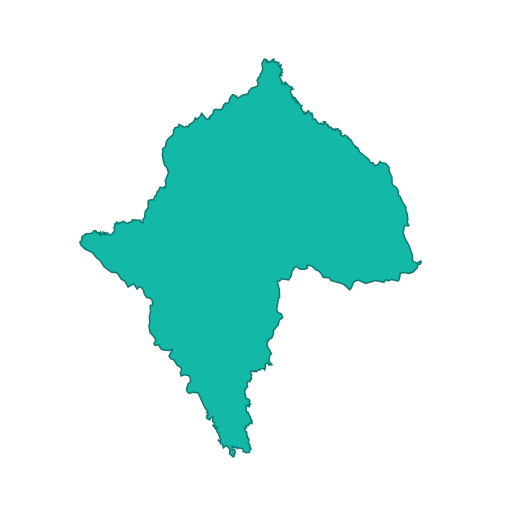 the district of Phop Phra, Tak, Thailand, rotated 337°
{"feature_id": "78962969B25324759841331", "entity_name": "Phop Phra", "entity_type": "district", "adm_level": 2, "iso_a3": "THA", "parent_name": "Thailand", "parent_adm1": "Tak", "projection": "equal_earth", "projection_center": [98.788, 16.455], "detail": "fine", "context": "isolated", "style": "filled", "palette": "teal", "viewbox_px": 512, "rotation_deg": 337, "n_neighbors": 0, "source": "geoboundaries", "source_scale": "gbopen_adm2", "svg_char_len": 6132}
<svg xmlns="http://www.w3.org/2000/svg" viewBox="0 0 512 512"><g transform="rotate(337 256 256)"><path d="M408.4,287.9L408.5,283.6L409.9,282.1L411.7,276.4L411.7,272.3L413.0,269.7L411.8,263.0L411.9,257.6L410.9,255.8L412.5,250.9L411.8,247.5L409.2,243.5L411.9,236.6L411.6,230.5L413.0,226.4L412.2,223.3L411.1,221.1L408.4,219.6L406.9,217.5L404.0,219.5L401.1,219.6L399.7,215.7L397.7,214.7L397.6,211.3L392.0,200.8L391.9,196.5L391.3,195.2L390.0,195.2L390.4,193.9L389.2,191.9L388.7,185.8L387.8,185.6L387.5,183.5L386.6,183.5L386.9,182.2L386.0,180.5L384.9,179.4L383.1,180.0L381.5,178.4L381.4,177.2L382.8,176.3L381.6,175.0L382.8,173.8L381.2,173.0L381.1,170.8L380.0,171.2L379.3,170.0L378.0,171.3L376.8,169.0L375.5,169.2L375.5,166.8L373.7,166.3L373.7,164.8L372.8,164.8L373.5,163.0L372.0,162.1L372.4,159.7L370.5,158.7L370.0,160.9L369.0,160.2L368.2,160.8L367.4,158.9L366.3,159.3L364.9,158.0L364.1,153.1L362.8,152.8L362.2,150.8L363.1,148.8L362.2,148.2L363.2,147.4L363.2,146.3L361.1,145.3L361.3,143.2L360.0,142.7L358.5,144.4L357.6,143.3L357.2,144.8L355.7,144.0L356.2,141.8L355.0,140.1L355.7,139.0L355.1,137.2L357.1,135.3L355.5,134.7L355.1,131.0L353.8,131.1L354.6,130.1L354.2,128.7L352.9,129.3L354.2,127.3L353.3,126.3L353.8,125.5L352.8,125.2L351.9,126.5L351.2,124.1L352.3,123.9L351.5,120.3L351.9,118.2L353.3,116.7L355.3,116.8L354.6,116.0L355.2,114.6L353.2,113.5L351.4,108.9L350.0,109.7L350.9,107.6L347.0,107.8L348.0,106.5L347.6,99.6L349.1,98.3L348.9,99.5L350.1,100.1L350.4,97.5L352.0,97.7L351.7,95.5L353.1,94.8L351.7,92.8L353.8,89.9L350.7,90.6L352.0,89.5L351.2,88.5L352.6,87.0L351.3,86.8L350.4,84.7L348.7,85.0L348.4,83.6L349.5,81.9L347.8,81.5L346.5,83.4L345.6,82.3L343.2,82.8L343.0,81.0L341.3,81.3L342.3,79.4L340.6,77.9L336.6,81.3L335.2,86.6L332.1,90.0L330.9,90.1L330.1,92.3L328.4,92.5L325.7,94.6L325.0,99.2L323.2,100.3L317.6,99.8L314.0,101.3L312.1,103.6L306.1,102.7L301.7,103.7L300.5,102.9L300.6,101.2L299.1,101.0L299.0,99.4L297.4,98.3L293.3,100.7L290.9,104.5L287.4,103.4L285.0,104.5L283.6,106.6L280.9,107.6L276.0,105.2L273.9,105.3L271.6,108.7L267.8,109.5L266.5,111.9L265.9,110.8L263.9,111.2L261.8,103.4L258.8,105.9L255.8,106.8L254.6,106.8L254.2,105.2L250.9,108.1L245.6,109.1L244.1,110.7L242.9,109.4L240.4,109.7L236.6,104.8L234.7,107.0L231.8,106.2L229.2,108.1L227.5,111.8L220.6,113.9L217.8,116.1L215.5,119.8L211.7,121.0L211.3,123.2L209.3,126.2L207.5,134.5L207.5,137.1L208.6,139.7L208.0,145.3L202.0,151.0L201.2,154.8L199.2,157.7L198.6,156.4L197.2,157.1L194.6,155.2L191.2,158.3L190.2,158.2L187.4,161.5L186.4,161.3L183.8,164.3L179.8,162.8L178.1,163.4L175.6,169.4L171.7,171.5L169.2,175.4L169.0,177.1L166.6,177.8L165.0,181.2L163.4,180.0L163.7,178.1L156.3,174.4L154.6,176.2L152.4,175.3L150.2,175.9L147.3,172.0L145.5,172.9L143.6,171.8L141.8,172.7L141.2,170.3L139.5,171.6L138.5,171.2L137.8,173.6L136.1,174.3L136.4,176.2L135.5,177.5L131.3,180.0L129.0,178.7L128.3,176.9L127.7,177.8L126.8,176.3L125.5,177.4L125.2,176.1L125.9,175.4L124.6,174.2L124.0,175.9L122.6,175.8L122.3,173.4L121.2,174.9L121.4,173.0L120.4,174.5L120.2,173.1L118.7,172.4L119.0,171.3L118.2,171.2L118.2,169.9L116.8,169.5L113.4,170.9L108.2,169.2L103.5,170.1L101.2,174.1L99.4,174.2L99.0,177.3L101.2,182.6L106.8,189.1L108.4,194.9L110.7,199.2L111.9,206.4L116.6,214.4L121.0,216.8L121.8,218.2L123.0,224.8L125.6,228.3L126.1,234.6L132.6,233.7L133.7,240.0L136.1,238.5L138.1,240.1L139.1,243.4L138.4,247.1L138.8,249.8L139.6,251.9L142.0,253.4L143.2,255.5L142.2,259.8L141.0,260.8L139.8,260.1L139.0,260.7L137.0,266.4L134.3,269.8L132.3,275.6L130.1,278.7L128.6,284.7L130.9,292.2L130.5,295.0L128.0,296.4L127.9,297.7L128.2,298.9L131.5,299.5L132.2,304.1L133.4,305.9L138.7,308.9L142.4,309.3L136.8,314.2L137.4,317.1L139.9,319.8L140.7,325.7L143.3,329.4L143.1,331.9L140.7,333.8L140.2,337.2L143.5,337.2L147.1,339.7L148.1,342.1L146.4,346.5L143.8,347.0L140.0,351.3L139.8,354.8L141.2,356.6L144.4,356.6L149.3,359.5L149.6,374.1L150.1,377.6L151.2,379.3L149.5,380.7L150.5,381.8L150.2,383.4L148.6,383.2L148.4,384.6L147.2,385.7L148.9,388.5L149.8,388.6L150.8,387.1L153.4,387.6L151.3,391.5L152.4,392.6L152.3,394.3L151.5,395.3L150.2,395.1L150.6,396.6L153.1,398.5L151.0,398.5L152.0,401.1L151.4,402.7L152.1,403.4L151.7,411.4L151.1,412.0L149.5,410.8L149.2,411.5L150.4,413.0L150.1,414.9L150.9,414.7L151.5,416.1L151.0,419.8L153.9,418.9L155.4,420.0L156.4,423.8L154.5,427.9L156.5,432.0L157.8,431.7L158.2,429.7L159.4,429.8L160.7,426.9L160.4,425.7L158.6,425.3L159.8,421.8L161.9,424.6L163.5,424.3L163.6,426.0L165.0,425.9L168.6,428.0L167.8,431.3L169.3,431.8L169.6,433.0L173.0,434.1L175.0,431.8L175.8,432.0L176.5,426.3L175.6,425.3L177.9,422.3L177.8,421.0L176.8,420.4L177.5,419.9L177.9,415.7L178.7,414.7L177.8,413.1L178.1,409.9L180.2,410.4L181.0,408.3L183.1,409.1L184.5,407.4L186.8,408.7L187.9,405.4L187.1,405.2L187.8,402.4L187.5,396.4L186.3,396.3L186.7,394.0L188.5,389.9L190.8,392.1L191.5,391.4L191.1,389.8L193.0,390.3L192.7,388.7L192.9,387.2L193.7,387.1L193.6,385.4L191.2,383.1L192.3,377.1L193.8,374.6L197.3,373.0L197.5,370.7L198.9,368.3L201.4,369.2L202.2,367.8L203.7,367.6L204.2,365.0L205.6,363.8L205.4,360.8L206.8,359.7L209.0,361.8L210.2,361.1L210.9,362.6L213.9,361.6L214.9,362.5L216.2,361.3L219.3,362.9L219.4,364.1L221.1,362.5L222.1,359.3L224.7,358.6L225.3,361.5L228.2,362.2L227.2,359.4L227.3,356.9L229.9,352.8L232.1,352.0L231.2,344.0L231.6,341.6L233.4,338.9L234.4,339.1L234.5,337.9L238.6,337.5L241.7,334.4L242.6,331.6L249.6,328.0L252.3,324.2L256.4,323.1L256.6,318.9L254.5,317.3L253.8,313.9L260.0,303.9L261.6,303.2L264.3,296.3L265.7,287.6L267.9,288.2L271.0,287.1L276.8,290.8L280.7,287.9L283.1,284.2L287.5,281.5L289.4,281.7L291.1,285.0L295.6,287.3L298.7,287.2L299.7,284.5L303.5,287.1L305.7,292.2L307.8,294.1L309.0,296.7L309.5,301.9L315.1,304.7L315.4,307.8L324.8,315.3L327.2,319.2L328.8,323.7L330.5,323.2L335.9,318.1L340.7,318.1L346.3,324.1L356.4,325.2L363.4,330.2L366.4,328.6L368.1,330.6L371.5,330.6L377.1,334.5L378.4,333.8L382.4,328.0L386.8,329.6L389.7,331.8L394.0,332.2L400.0,329.8L401.2,327.4L404.0,327.5L405.7,326.3L405.5,324.9L401.8,325.6L399.0,323.1L398.1,320.5L399.4,319.0L400.3,315.8L400.9,305.9L400.0,298.5L400.6,290.8L402.2,290.0L403.8,286.5L405.5,286.3L408.4,287.9Z" fill="#14b8a6" stroke="#0f766e" stroke-width="1.5"/></g></svg>